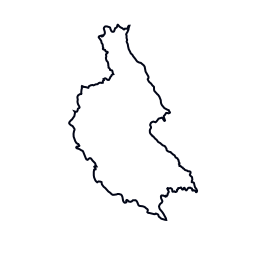 the district of Antanambao Manampontsy, Atsinanana, Madagascar, rotated 148°
{"feature_id": "10022922B63046975451138", "entity_name": "Antanambao Manampontsy", "entity_type": "district", "adm_level": 2, "iso_a3": "MDG", "parent_name": "Madagascar", "parent_adm1": "Atsinanana", "projection": "natural_earth1", "projection_center": [48.439, -19.564], "detail": "fine", "context": "isolated", "style": "outline", "palette": "ink", "viewbox_px": 256, "rotation_deg": 148, "n_neighbors": 0, "source": "geoboundaries", "source_scale": "gbopen_adm2", "svg_char_len": 5825}
<svg xmlns="http://www.w3.org/2000/svg" viewBox="0 0 256 256"><g transform="rotate(148 128 128)"><path d="M148.7,36.0L148.4,35.5L147.9,33.7L147.7,33.3L145.1,30.4L144.3,29.8L143.7,31.4L143.4,36.7L143.5,38.7L144.0,42.2L143.9,43.1L143.3,45.0L142.4,45.8L140.8,46.6L138.9,46.8L137.8,47.5L137.5,48.1L137.2,50.7L136.5,52.3L135.9,52.9L135.3,53.0L134.8,52.5L134.1,52.3L132.6,50.0L132.4,50.1L132.0,50.6L131.8,50.5L131.7,49.7L131.4,49.6L130.5,50.2L129.8,50.3L128.9,51.5L127.8,51.8L127.2,52.4L126.8,55.8L126.1,56.0L125.3,55.0L123.8,54.5L123.2,53.5L123.1,53.0L123.1,52.6L123.9,50.9L123.9,50.4L123.6,50.1L122.4,49.8L122.1,49.6L121.9,48.7L121.6,48.5L120.6,48.3L119.5,48.8L119.1,49.7L118.8,49.8L118.0,49.7L117.2,50.4L116.1,49.7L114.9,49.6L114.6,49.4L114.6,47.5L114.5,47.0L114.3,46.9L113.6,46.7L112.6,47.5L112.2,47.5L111.8,47.3L111.8,46.8L112.0,45.4L111.7,44.3L111.3,44.2L110.9,44.3L108.9,45.2L108.3,45.2L107.7,44.7L107.0,44.6L106.4,43.4L106.0,43.1L105.9,42.7L106.4,41.5L106.5,40.9L106.4,40.7L106.1,40.5L105.3,40.5L105.1,40.3L105.0,39.9L104.8,39.6L104.0,39.0L104.3,37.6L104.1,37.4L103.5,37.4L102.9,37.9L102.6,38.3L102.3,40.5L102.6,41.9L102.1,43.9L101.2,46.4L101.3,47.0L101.6,47.4L102.4,48.0L102.6,48.3L101.9,49.3L100.8,50.1L99.8,52.3L99.8,52.8L100.4,54.5L100.4,55.5L98.8,56.7L98.5,57.1L98.3,57.6L98.6,58.5L100.1,59.6L100.6,60.8L101.1,61.2L102.0,62.4L102.1,63.6L102.7,64.6L102.6,65.5L103.3,66.4L103.5,67.6L103.6,67.9L104.5,68.5L104.4,68.9L103.9,69.4L103.9,70.5L103.0,70.8L102.9,71.1L102.8,72.6L102.2,73.9L102.3,74.9L102.2,76.1L103.2,77.8L103.0,80.1L103.9,81.9L104.0,82.6L104.5,83.9L104.6,85.0L105.7,86.0L106.3,86.8L106.9,88.2L106.9,89.0L106.3,90.2L106.4,91.8L106.2,92.5L106.7,93.6L107.5,94.6L107.8,95.1L108.7,98.2L109.8,100.1L110.0,102.9L110.6,104.5L111.0,107.4L111.6,108.1L111.4,108.8L111.8,109.8L112.0,111.7L111.7,112.8L110.7,114.5L110.0,115.1L108.6,115.8L108.2,116.2L107.9,116.9L107.7,118.7L107.3,119.2L105.8,120.2L104.4,120.3L103.1,120.0L101.6,118.3L100.6,118.4L99.4,118.8L97.1,119.7L93.8,118.8L93.5,117.8L93.5,115.1L93.4,114.8L93.2,114.6L92.6,114.8L92.5,115.2L91.8,118.4L91.3,119.1L90.9,119.3L89.9,119.5L87.8,120.5L87.0,120.2L85.8,118.9L84.6,118.7L84.2,118.9L84.1,119.6L84.2,120.9L84.0,121.5L84.9,122.6L86.6,125.6L87.1,129.3L87.0,130.6L86.8,131.5L86.5,132.3L85.5,134.2L84.8,138.0L84.9,140.2L85.2,140.9L86.0,145.4L85.7,146.5L84.3,148.9L84.2,149.4L84.7,151.0L84.9,153.5L85.6,155.6L85.7,156.6L85.5,158.8L85.4,159.0L84.2,159.5L83.9,159.9L83.4,160.9L83.2,166.5L81.4,171.1L81.4,172.7L82.6,176.4L83.9,177.7L84.9,179.4L85.1,180.6L85.2,182.8L85.6,186.2L85.5,187.8L86.1,189.8L85.8,191.7L85.6,194.5L84.6,197.4L83.8,199.2L83.5,201.5L83.3,202.1L82.1,203.1L81.5,205.2L80.6,206.5L80.1,207.5L80.1,208.0L80.0,208.3L79.3,208.9L77.6,209.7L75.5,211.2L74.5,212.4L72.6,214.0L73.1,214.3L73.6,214.2L74.3,213.8L75.5,212.7L75.9,212.6L78.0,213.9L78.9,213.6L79.2,213.7L79.4,213.9L79.9,215.6L80.5,216.4L81.5,218.5L81.8,220.8L82.0,221.0L82.4,220.9L83.9,219.5L84.7,219.3L86.1,219.4L88.4,217.5L89.1,217.3L89.7,217.5L90.4,218.0L90.7,219.0L90.5,220.9L90.0,222.6L90.2,223.2L92.1,225.4L93.3,226.1L94.0,226.2L95.3,225.7L95.9,225.0L96.6,222.2L97.1,221.1L97.7,220.3L100.1,219.3L100.9,219.2L101.7,219.5L101.7,219.8L101.1,220.3L101.6,220.5L103.6,221.0L104.1,221.0L104.6,220.7L104.8,220.4L104.8,220.0L104.6,217.9L104.6,216.0L105.3,214.2L105.2,212.8L105.4,211.8L106.3,210.2L106.5,209.1L107.1,208.8L107.4,208.3L107.2,207.6L106.1,206.4L106.3,205.1L106.3,204.7L105.1,203.5L105.0,203.2L105.2,202.8L105.5,202.6L107.4,202.2L107.7,202.0L108.6,200.0L109.6,199.2L110.2,197.7L110.5,196.5L110.2,194.6L110.9,192.5L111.4,191.9L111.8,190.7L112.5,189.5L112.1,188.4L112.1,187.6L112.4,186.9L112.4,186.6L111.2,185.5L111.0,185.1L111.3,183.8L111.7,183.0L111.9,181.4L112.5,181.6L114.0,181.5L114.6,180.9L116.1,180.5L117.1,179.7L118.8,178.9L119.9,179.7L120.5,181.5L121.1,182.3L122.9,182.5L123.1,181.3L123.9,181.3L124.3,181.2L124.7,180.9L125.2,179.9L125.4,179.7L126.6,180.3L127.7,181.3L129.0,181.6L130.6,181.3L132.2,182.1L134.3,182.4L134.7,182.5L135.3,183.3L137.1,184.0L138.0,184.0L139.0,184.1L140.3,183.1L140.6,183.3L141.6,184.5L143.1,185.9L143.7,186.2L144.0,186.6L144.1,187.1L144.8,188.0L145.0,187.9L146.3,185.8L146.9,185.4L148.8,183.0L149.3,181.8L149.7,181.6L151.0,182.2L153.1,182.1L154.3,181.3L154.8,180.6L155.5,178.8L156.9,177.1L157.4,175.9L157.8,174.4L157.9,171.9L158.3,171.0L158.9,170.8L160.0,170.9L160.3,170.8L160.7,170.5L161.2,169.8L162.4,169.0L163.3,169.2L164.2,169.9L164.6,170.4L164.6,169.4L164.9,169.0L167.2,166.5L170.1,165.3L170.9,164.9L172.2,164.8L174.4,164.1L175.3,163.4L175.4,162.3L174.9,160.6L174.0,159.1L173.9,158.4L173.9,155.5L174.3,154.8L175.5,153.9L177.3,151.9L178.7,149.4L179.7,144.7L179.7,142.7L179.0,141.0L178.6,140.7L178.7,138.7L179.0,138.6L180.3,138.9L181.2,139.3L182.1,139.1L182.3,138.8L182.3,138.5L181.9,137.5L181.2,137.0L180.1,135.3L179.3,133.6L178.6,132.7L178.6,131.5L179.8,124.8L179.9,123.5L179.3,122.5L178.9,122.4L177.9,122.7L176.5,122.7L175.7,122.1L175.4,120.5L175.4,119.4L174.6,115.8L174.6,115.3L175.1,113.7L175.1,112.0L176.1,112.4L176.7,113.1L177.1,113.0L177.1,110.4L177.4,110.1L178.8,110.6L180.3,108.9L182.1,106.0L182.9,104.1L183.4,101.2L183.4,100.0L182.9,98.3L181.3,98.3L179.8,97.1L179.1,96.2L180.0,94.0L179.8,91.1L179.1,89.2L178.3,84.5L177.4,82.5L177.0,80.7L176.6,79.8L176.2,79.3L175.3,78.8L172.8,77.7L171.9,77.6L171.4,77.3L170.6,76.8L169.2,75.2L169.0,74.1L169.3,72.4L170.7,68.9L170.8,67.8L170.5,66.5L169.6,66.0L168.8,65.9L167.9,67.5L167.2,67.6L166.7,67.1L166.3,65.3L165.3,64.3L164.8,64.0L163.7,63.8L162.1,64.1L159.8,62.7L159.4,61.3L159.5,59.6L159.7,59.0L159.9,57.5L160.0,56.9L159.6,55.9L157.0,53.8L156.1,52.7L155.5,51.6L155.2,50.3L154.6,49.0L154.6,48.1L154.7,47.8L156.1,46.5L156.2,46.4L156.1,46.0L155.8,45.3L154.9,44.6L151.4,41.0L150.6,40.6L150.1,40.8L149.8,40.7L149.2,40.1L148.3,38.5L148.8,36.6L148.7,36.0Z" fill="none" stroke="#020617" stroke-width="2"/></g></svg>